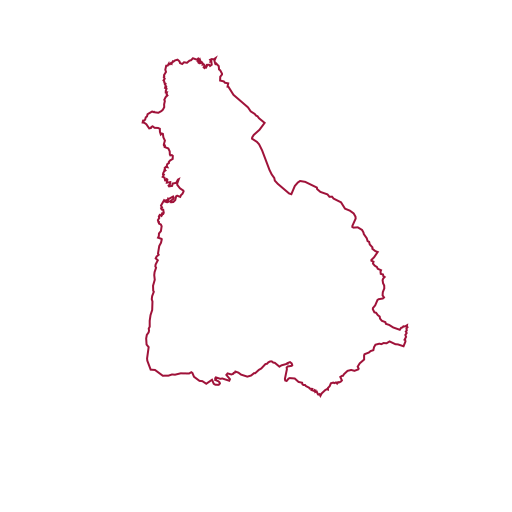 Banyumas, Jawa Tengah, Indonesia (Natural Earth projection), rotated 210°
{"feature_id": "22746128B18933963724988", "entity_name": "Banyumas", "entity_type": "district", "adm_level": 2, "iso_a3": "IDN", "parent_name": "Indonesia", "parent_adm1": "Jawa Tengah", "projection": "natural_earth1", "projection_center": [109.207, -7.455], "detail": "fine", "context": "isolated", "style": "outline", "palette": "rose", "viewbox_px": 512, "rotation_deg": 210, "n_neighbors": 0, "source": "geoboundaries", "source_scale": "gbopen_adm2", "svg_char_len": 6144}
<svg xmlns="http://www.w3.org/2000/svg" viewBox="0 0 512 512"><g transform="rotate(210 256 256)"><path d="M376.4,277.9L374.4,278.1L372.5,276.0L372.1,276.2L371.8,278.0L371.0,277.9L369.9,274.9L367.2,277.1L366.4,275.3L366.9,273.2L366.1,272.8L363.7,274.8L364.4,277.1L361.7,279.4L361.8,283.1L361.3,283.9L360.5,279.4L359.7,278.2L355.7,276.6L351.6,276.3L351.0,275.7L350.8,273.2L351.4,271.1L351.2,269.3L354.4,268.8L355.0,267.8L353.9,264.0L354.6,261.4L356.5,260.0L357.7,260.4L356.2,263.9L356.6,265.5L357.5,266.1L359.9,262.1L360.8,261.8L359.7,260.0L360.6,260.3L361.2,259.8L359.4,258.8L359.8,258.1L361.7,257.7L361.8,258.7L362.4,258.2L363.5,258.4L363.5,252.2L361.6,251.0L362.1,249.9L361.4,249.4L360.7,249.1L359.5,249.7L357.5,247.3L357.4,246.2L358.6,246.1L358.6,244.7L357.9,244.7L357.9,243.4L359.9,243.4L359.9,241.6L358.8,240.6L358.9,238.0L357.5,236.6L357.1,236.9L356.2,235.6L354.1,235.7L352.6,234.6L350.8,230.0L351.3,227.0L350.1,224.6L350.0,222.9L346.3,223.6L345.9,223.2L344.9,220.0L344.8,216.3L342.1,209.1L340.9,208.4L341.8,205.9L341.7,203.8L338.9,203.2L338.7,198.5L338.0,196.7L336.7,195.9L335.8,191.4L334.6,188.6L331.8,184.8L330.3,178.8L327.7,174.6L326.6,173.9L325.9,169.4L324.7,166.5L322.9,164.8L318.9,157.3L317.8,152.1L315.7,146.8L312.7,141.6L312.6,139.5L311.3,137.9L310.8,136.1L311.1,133.1L309.9,129.7L306.5,124.6L303.4,123.4L299.1,112.8L297.8,111.0L290.4,104.9L286.5,106.8L276.9,105.7L272.0,108.6L269.5,111.4L266.8,112.7L262.6,116.7L255.2,120.8L253.9,123.0L252.6,122.9L249.3,120.4L242.5,119.6L239.9,120.8L235.2,120.5L232.2,126.8L228.7,124.2L226.8,124.2L223.9,125.8L223.5,127.5L224.3,128.3L225.9,128.7L229.3,128.3L229.2,129.4L230.0,129.4L230.2,130.0L230.1,130.8L225.5,131.8L223.9,133.1L216.8,134.6L217.0,136.3L222.2,138.2L221.9,140.1L218.1,141.1L216.8,142.6L216.9,143.6L216.0,144.4L216.1,145.6L212.9,146.2L209.7,145.8L203.2,147.2L200.5,150.0L199.1,153.6L198.1,154.1L196.6,158.8L195.2,161.2L193.8,167.1L192.5,168.3L192.2,170.0L191.1,171.7L189.7,172.6L187.8,172.3L186.3,172.9L180.4,171.9L179.3,174.0L174.8,178.6L175.2,179.0L173.5,181.1L171.4,180.8L170.0,179.6L170.2,178.7L173.3,176.2L173.7,174.8L172.6,173.3L169.5,164.0L168.4,162.8L167.0,163.1L166.5,166.1L165.8,167.1L161.2,169.3L156.2,168.2L152.7,169.3L151.6,168.1L150.4,168.0L149.1,168.8L147.7,168.3L144.1,168.5L143.2,168.0L140.9,169.0L140.8,167.7L138.6,168.1L138.3,168.9L137.8,168.5L137.3,169.1L136.6,167.9L135.7,169.0L133.4,167.3L132.8,167.1L131.9,168.2L130.3,167.1L130.4,169.9L129.0,174.5L127.7,176.7L127.5,176.2L126.9,176.3L127.7,177.7L127.1,180.0L127.5,183.2L125.8,185.0L124.7,185.0L123.7,186.3L122.3,186.1L122.6,186.8L121.7,187.1L121.7,187.9L120.6,188.3L119.7,189.8L119.4,191.2L122.5,193.4L121.6,195.2L120.8,195.7L120.7,197.7L119.3,202.3L116.6,204.9L113.3,205.8L110.7,209.0L110.8,209.8L112.6,211.0L112.5,214.9L110.6,220.4L112.7,224.0L112.9,225.2L110.0,228.8L109.2,231.0L107.3,233.1L108.2,236.1L108.2,238.9L105.4,241.7L103.3,242.4L102.0,244.4L99.3,245.7L97.6,248.8L91.2,249.3L88.9,250.4L83.1,251.6L83.8,256.6L84.8,257.9L85.5,257.8L85.6,261.0L87.2,262.3L87.0,264.6L88.5,265.5L88.2,266.9L89.5,268.5L89.2,270.1L90.2,270.5L90.6,271.5L91.7,269.5L93.2,268.8L93.4,267.5L94.4,266.4L94.6,264.0L101.5,262.7L106.2,262.9L109.6,262.2L110.9,263.4L114.6,262.8L117.3,263.8L118.6,265.4L121.0,265.7L123.6,266.9L125.3,266.4L128.3,268.4L128.7,269.5L128.1,272.8L128.8,278.7L128.2,279.9L124.9,282.6L124.4,284.1L126.7,285.2L128.1,288.1L128.7,292.1L130.2,294.5L132.4,296.0L134.3,298.4L134.6,300.2L134.1,302.1L135.6,302.2L136.8,303.5L139.0,302.9L140.3,304.6L140.6,306.2L144.2,305.8L145.7,306.9L148.4,307.0L150.9,307.9L151.4,309.8L153.7,309.6L154.1,310.3L153.1,313.9L152.6,320.3L155.1,319.9L158.8,320.4L159.5,321.7L163.3,322.9L165.1,324.8L166.8,324.7L168.9,326.7L173.6,328.9L174.7,330.1L177.2,331.6L182.2,331.7L185.8,329.3L187.1,329.3L187.6,330.3L188.4,338.2L189.5,339.8L192.7,341.7L197.4,342.2L202.6,341.5L209.2,345.0L217.6,344.5L219.8,345.4L222.0,344.0L224.9,345.1L232.3,343.7L236.5,344.5L237.5,345.7L250.5,344.8L255.3,343.0L256.5,340.6L257.4,336.1L256.3,327.2L258.6,326.7L273.3,329.4L277.4,330.7L279.2,332.7L283.2,334.5L287.4,337.3L303.5,350.5L309.2,354.3L312.3,355.3L318.1,355.6L318.6,356.8L318.5,359.7L316.1,367.0L315.1,375.6L322.3,376.8L324.6,377.8L326.1,377.6L328.2,378.4L332.9,378.6L337.2,380.7L356.1,384.3L364.4,388.7L365.3,388.4L366.4,391.6L369.6,390.5L371.2,391.1L374.8,390.0L376.6,393.4L376.2,396.2L376.6,396.9L379.8,398.9L381.3,399.1L383.2,401.8L386.6,402.8L386.7,402.0L387.3,402.0L389.7,404.4L390.0,407.1L390.9,405.2L392.8,404.4L393.8,403.0L392.9,402.6L392.6,401.6L392.0,402.2L390.0,399.5L390.8,397.6L392.2,398.2L394.1,397.0L393.5,395.9L393.5,394.1L394.3,394.0L394.6,393.0L395.7,393.3L395.4,395.1L396.9,395.8L397.9,395.0L398.3,396.1L399.8,396.7L400.2,395.5L401.4,394.6L402.4,394.7L401.7,397.1L403.0,398.2L403.2,396.1L403.9,395.8L404.0,397.7L404.8,398.1L405.3,396.5L409.5,395.7L410.1,393.1L411.3,391.9L412.4,388.8L415.2,387.8L415.9,385.4L418.2,385.1L419.6,386.3L422.1,386.8L424.0,384.8L424.6,383.2L425.3,383.1L425.2,381.6L425.9,381.0L425.3,380.1L426.1,380.0L426.7,378.3L426.8,379.1L427.3,378.2L427.7,378.7L427.7,376.7L428.9,375.9L427.7,372.0L426.0,370.4L426.1,366.6L425.3,365.8L425.3,364.8L423.7,363.9L423.9,361.8L422.9,361.5L422.0,360.2L420.6,360.0L420.7,359.1L419.5,358.6L418.9,356.5L418.2,357.2L417.8,356.2L417.1,356.1L416.8,354.1L416.0,352.6L415.0,353.2L414.9,352.1L414.0,351.6L413.9,350.9L413.0,350.7L413.7,348.4L413.5,345.4L412.4,344.6L411.4,341.4L409.9,339.0L409.8,336.1L410.4,334.2L412.2,331.2L415.6,329.8L416.4,329.9L416.8,329.3L418.2,329.2L420.8,324.6L420.2,322.4L420.8,320.9L420.2,318.7L420.6,317.4L421.5,316.8L420.9,314.9L419.4,315.5L416.9,315.3L412.3,313.1L411.0,314.3L411.1,315.5L410.4,316.6L407.9,316.3L404.9,317.9L402.9,318.1L401.3,315.5L399.2,313.6L398.8,315.0L397.7,315.2L395.5,312.4L392.6,310.4L391.6,306.5L391.1,305.8L390.5,306.3L389.8,305.8L389.5,304.7L385.7,305.3L383.1,303.5L381.4,300.9L380.5,300.3L379.4,301.3L378.1,301.1L376.7,298.4L378.2,295.7L378.5,293.8L377.9,293.0L378.8,291.1L378.3,289.3L377.1,288.6L378.7,287.9L379.1,286.6L378.2,285.6L378.3,284.8L377.3,284.7L377.9,283.4L377.8,281.4L377.4,280.3L376.5,280.4L376.4,277.9Z" fill="none" stroke="#9f1239" stroke-width="2"/></g></svg>